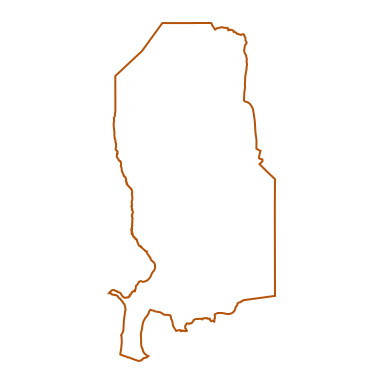 the district of Turkana North, Rift Valley, Kenya
{"feature_id": "3690345B58335120983870", "entity_name": "Turkana North", "entity_type": "district", "adm_level": 2, "iso_a3": "KEN", "parent_name": "Kenya", "parent_adm1": "Rift Valley", "projection": "robinson", "projection_center": [35.285, 4.376], "detail": "fine", "context": "isolated", "style": "outline", "palette": "amber", "viewbox_px": 384, "rotation_deg": 0, "n_neighbors": 0, "source": "geoboundaries", "source_scale": "gbopen_adm2", "svg_char_len": 6021}
<svg xmlns="http://www.w3.org/2000/svg" viewBox="0 0 384 384"><path d="M186.9,330.7L185.9,328.9L185.3,328.3L185.1,326.2L186.1,324.8L186.3,324.0L187.0,323.3L187.8,323.3L189.0,323.9L189.4,323.8L190.1,323.3L191.1,323.3L192.1,322.6L192.4,322.1L193.0,321.4L193.8,319.9L195.9,319.0L198.0,319.0L200.0,318.7L202.3,319.3L202.3,318.9L202.5,318.6L203.1,318.6L203.7,318.2L204.8,318.3L205.7,318.0L206.2,318.4L207.3,318.2L208.0,318.8L208.4,318.8L209.2,318.5L209.7,318.6L210.4,320.6L210.8,321.0L211.3,321.2L212.0,320.7L212.7,320.7L213.5,321.2L214.2,321.8L214.3,321.7L214.5,318.8L215.0,317.9L214.7,314.4L217.7,313.0L221.0,313.0L223.6,313.2L227.4,314.1L229.8,313.9L231.8,313.2L233.4,312.0L234.5,310.8L235.4,308.7L235.5,307.4L236.0,306.6L236.6,306.0L236.8,305.6L237.1,305.4L237.6,303.3L238.5,302.6L240.5,302.2L241.2,301.4L242.0,301.3L243.3,300.2L275.0,295.9L274.8,207.8L275.0,179.1L267.5,172.1L259.5,164.1L262.5,161.2L262.4,159.4L259.4,158.6L259.0,158.1L259.1,156.8L260.2,151.6L260.5,150.9L256.5,148.8L256.4,148.5L256.5,140.1L255.5,133.0L254.8,121.4L253.8,114.2L252.8,108.6L251.3,105.8L249.5,103.5L247.6,102.2L245.1,101.5L244.0,100.6L244.3,92.3L245.0,87.8L244.9,82.6L245.2,79.6L245.2,77.6L245.4,75.4L246.3,70.7L246.6,68.5L246.6,66.6L246.9,65.5L247.0,64.3L246.5,61.3L246.9,59.7L246.8,58.8L246.3,57.3L246.1,55.4L244.7,53.0L244.1,50.4L245.0,45.2L246.4,43.5L246.6,42.2L245.5,40.4L245.4,37.7L245.2,37.3L244.4,36.3L244.3,35.0L244.0,34.6L243.6,34.3L242.8,34.1L241.1,35.0L239.6,34.4L239.0,34.5L238.1,33.8L237.1,33.8L236.7,33.5L236.0,32.6L235.2,32.2L233.7,32.0L233.5,31.8L233.6,30.9L232.2,30.1L230.6,29.7L229.7,30.1L229.3,29.9L228.3,30.3L228.0,29.9L228.4,29.3L228.4,28.8L228.0,28.3L227.2,27.9L226.3,27.8L225.5,28.0L224.4,27.7L223.5,27.7L222.3,27.2L221.8,27.2L220.8,27.6L220.1,27.4L218.4,28.2L216.6,28.3L215.7,29.3L215.2,29.6L214.6,29.2L213.5,26.9L212.3,25.6L211.8,24.0L211.1,23.0L162.3,23.1L142.1,50.9L115.3,76.0L115.4,111.7L114.8,113.9L115.0,115.5L113.8,118.3L114.2,120.8L113.7,122.6L113.7,125.1L113.8,127.4L114.4,132.2L114.4,135.5L114.6,137.7L115.5,140.8L115.4,142.3L116.1,143.6L116.0,145.3L116.1,147.0L115.6,148.9L116.2,150.4L117.3,151.1L117.5,151.5L117.4,152.1L117.6,152.6L117.6,153.4L117.0,153.4L116.9,153.5L117.0,155.0L116.7,156.1L116.8,156.9L118.5,159.5L118.7,160.2L119.2,160.5L119.4,160.9L120.0,161.0L120.3,161.4L120.7,161.6L120.6,162.2L120.9,162.7L121.1,164.1L120.8,165.4L121.2,167.1L121.7,168.1L121.6,169.9L122.1,171.6L122.6,172.3L122.8,173.5L123.5,174.6L123.5,175.0L123.7,175.7L124.1,175.8L124.1,176.3L124.5,176.5L125.2,177.5L125.5,177.4L126.2,179.2L125.9,180.7L126.1,181.5L126.4,181.6L126.4,182.1L126.8,182.5L126.8,182.8L126.5,183.2L126.6,183.4L126.7,183.9L127.2,184.1L127.1,184.5L127.5,184.8L128.3,186.0L128.9,186.4L129.5,187.4L129.9,187.4L130.2,187.7L131.1,189.3L131.4,189.2L132.2,191.4L132.2,192.1L132.0,192.5L131.9,194.2L132.2,194.9L132.1,196.4L132.4,196.8L132.4,198.0L132.2,198.7L132.3,199.2L132.1,200.6L131.7,201.3L131.6,202.3L132.0,203.5L131.7,204.1L132.1,205.3L131.5,206.3L131.8,206.5L131.6,207.1L132.0,208.9L132.2,209.0L131.9,209.8L132.1,210.2L132.6,210.7L132.9,212.4L132.6,213.7L132.3,214.0L132.0,214.8L132.2,215.5L131.9,215.8L132.1,216.4L131.9,216.8L132.1,217.1L132.7,218.3L132.1,219.9L132.5,220.8L132.1,222.1L132.4,222.8L132.2,223.0L132.0,225.5L132.3,225.6L131.9,226.9L131.8,227.6L132.0,227.9L131.7,228.5L132.1,228.6L132.1,229.0L132.0,229.5L131.4,229.6L131.2,230.0L131.6,230.4L131.6,231.0L132.0,231.3L131.8,231.8L132.0,232.2L131.7,232.6L131.8,232.9L131.7,233.3L132.0,233.3L132.0,233.7L132.2,233.8L132.4,233.3L132.6,233.4L132.6,234.1L132.3,234.2L132.2,234.4L132.7,234.7L132.7,235.1L132.9,235.3L133.0,235.8L133.5,236.9L134.1,236.8L134.6,237.2L134.5,237.7L135.2,238.7L135.4,238.9L135.6,238.7L136.1,238.8L136.7,240.0L137.2,240.3L137.2,241.2L137.5,242.5L138.1,243.3L138.2,244.0L138.9,245.5L139.4,245.9L139.9,246.0L140.1,246.3L140.7,246.2L141.0,246.6L140.9,247.0L141.1,247.2L141.9,247.4L142.4,248.3L144.6,250.1L145.1,250.9L145.6,251.0L146.3,251.6L146.8,251.6L146.6,252.2L147.1,253.3L147.4,253.8L148.2,254.6L148.6,255.6L149.2,256.1L149.5,257.0L149.9,257.4L150.3,257.5L150.3,258.3L151.2,260.1L154.1,262.7L154.7,263.9L155.0,265.2L154.9,266.0L155.1,266.8L155.0,268.0L154.2,270.5L152.8,272.0L151.6,273.8L151.3,274.9L150.0,277.6L147.7,280.0L146.7,280.7L145.0,281.4L143.7,281.8L142.9,281.8L140.7,281.1L139.4,281.5L138.9,282.0L137.3,284.7L135.9,286.0L135.7,288.6L134.9,289.8L135.2,290.8L135.1,291.2L134.5,291.3L133.7,291.1L133.4,291.5L132.6,291.6L131.6,292.5L131.4,292.9L131.5,293.5L131.4,293.8L130.8,294.5L129.9,294.7L129.7,295.0L129.6,296.4L128.8,297.1L128.4,296.9L127.8,297.5L126.6,297.4L125.5,297.9L124.9,297.9L122.9,296.7L121.8,295.3L120.8,293.5L120.0,292.7L118.8,292.2L118.0,292.2L116.3,290.9L115.2,290.8L114.1,290.0L113.6,289.9L112.2,290.1L109.9,292.0L109.0,293.2L110.6,293.3L112.2,294.6L113.1,294.6L114.2,295.0L115.9,295.1L117.5,296.0L119.1,298.2L120.3,298.9L120.8,299.9L121.6,300.5L122.3,301.6L122.9,302.1L123.4,303.4L124.5,304.3L124.9,306.1L125.4,307.7L125.4,309.0L125.6,309.7L125.1,311.4L123.9,320.4L123.4,330.0L123.1,331.2L122.4,333.1L121.1,335.3L121.5,336.1L121.8,342.0L121.2,348.5L120.3,354.0L120.3,354.5L123.9,355.9L125.8,356.3L127.6,357.4L129.2,357.4L130.4,358.1L138.6,361.0L139.5,360.7L141.0,360.6L141.7,359.7L142.5,359.5L142.8,358.8L143.7,358.1L144.0,357.9L145.1,358.0L145.8,357.5L146.8,357.4L147.4,356.8L148.3,356.1L146.7,355.4L145.7,354.4L144.5,353.5L143.1,351.3L142.8,350.4L142.5,348.6L141.5,346.9L141.1,343.5L141.1,337.9L140.8,335.1L141.0,332.7L141.5,331.5L141.5,330.5L142.1,328.8L142.4,325.6L142.9,323.2L143.5,321.2L145.5,317.7L146.4,316.7L147.9,314.6L148.7,313.0L149.2,311.4L150.3,309.8L154.6,311.0L155.5,311.5L160.0,312.2L161.4,312.9L164.1,314.7L165.4,314.9L168.2,314.9L169.4,315.3L170.3,315.3L170.8,316.3L171.0,318.6L171.8,319.9L172.3,321.3L173.0,325.6L175.1,329.4L175.8,330.1L176.2,330.9L177.4,330.5L178.4,330.4L180.0,330.0L180.5,330.2L180.9,331.2L181.2,331.3L181.4,331.2L181.5,330.7L181.9,330.6L182.9,330.6L183.2,330.9L184.7,330.8L185.6,331.3L186.9,330.7Z" fill="none" stroke="#b45309" stroke-width="2"/></svg>